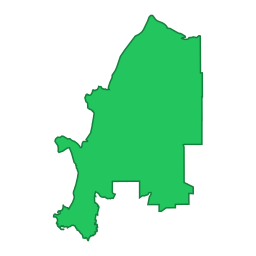 outline of Darwin, Northern Territory, Australia
{"feature_id": "25037944B80188408210929", "entity_name": "Darwin", "entity_type": "district", "adm_level": 2, "iso_a3": "AUS", "parent_name": "Australia", "parent_adm1": "Northern Territory", "projection": "equal_earth", "projection_center": [130.84, -12.399], "detail": "fine", "context": "isolated", "style": "filled", "palette": "green", "viewbox_px": 256, "rotation_deg": 0, "n_neighbors": 0, "source": "geoboundaries", "source_scale": "gbopen_adm2", "svg_char_len": 5460}
<svg xmlns="http://www.w3.org/2000/svg" viewBox="0 0 256 256"><path d="M200.3,36.3L200.0,35.8L198.8,35.8L196.7,37.6L193.1,36.9L192.3,37.4L189.1,37.6L188.2,38.9L187.4,39.3L184.1,39.3L181.7,38.4L182.1,37.8L185.1,37.3L185.3,36.5L184.9,36.0L180.8,33.6L178.3,33.1L170.1,28.5L167.2,28.1L166.9,26.7L165.6,25.2L164.4,24.1L162.2,22.8L157.6,21.0L155.7,19.7L152.8,15.7L152.2,15.4L151.1,15.4L150.4,15.7L149.1,17.2L147.5,21.4L143.5,29.7L141.7,32.2L138.7,34.5L135.3,36.1L124.7,50.1L120.4,56.5L116.9,66.9L115.4,70.4L112.2,75.2L112.1,77.6L110.2,81.8L108.5,86.9L108.4,88.2L109.1,89.5L108.4,89.4L107.2,89.6L106.0,89.6L105.5,89.1L105.2,88.9L104.7,89.2L104.1,89.3L103.7,89.1L103.4,88.9L103.0,88.8L102.5,88.9L102.2,88.7L101.8,88.2L101.4,87.1L100.9,86.7L100.7,86.6L99.2,86.6L99.0,86.9L98.9,86.9L98.8,87.0L98.7,86.9L98.7,87.1L98.5,87.4L98.1,88.3L97.3,89.5L97.0,89.7L96.8,89.8L96.4,89.8L96.2,89.9L95.6,90.1L95.0,90.6L94.5,90.4L94.2,90.5L93.8,90.1L93.7,90.2L93.3,90.0L93.0,90.0L93.0,90.4L92.8,90.5L92.5,90.9L92.5,91.1L92.7,91.4L92.6,91.7L92.2,92.4L91.6,93.6L91.0,94.6L90.6,94.9L90.5,95.1L90.2,95.2L89.8,95.1L89.0,95.3L88.7,95.2L88.2,94.6L87.7,94.6L86.6,95.1L86.3,94.8L86.4,94.5L86.2,94.6L86.1,95.2L85.9,95.4L85.6,96.4L85.0,97.3L85.0,97.8L85.1,98.8L85.5,99.7L85.8,101.2L86.0,101.6L86.3,102.0L86.7,102.2L87.3,102.8L87.6,103.4L87.7,103.9L87.7,106.1L87.8,106.4L87.7,107.2L87.8,107.7L87.9,108.0L89.1,108.9L89.8,109.3L90.2,109.3L90.6,109.7L90.9,109.6L91.6,110.0L92.0,110.4L92.2,110.9L92.6,111.4L92.9,111.5L92.9,111.2L93.1,111.2L93.2,111.7L94.0,112.9L94.1,113.5L93.7,116.3L93.5,117.6L93.3,119.0L92.9,121.0L93.0,121.7L92.4,123.4L92.4,124.6L92.2,125.2L92.2,125.9L90.6,133.0L86.1,139.6L87.5,140.8L87.4,141.4L83.2,141.6L82.3,143.2L81.9,145.8L81.5,147.4L80.8,147.6L80.3,147.4L79.5,146.0L77.4,143.6L74.5,141.4L72.4,140.7L71.0,139.8L69.9,138.7L67.6,138.9L63.3,136.3L61.8,136.1L60.2,137.4L57.6,137.2L55.9,138.7L55.1,140.4L55.1,141.6L57.8,145.5L58.3,147.9L58.2,151.5L59.0,152.4L63.0,151.0L67.3,148.0L69.4,147.7L71.6,153.2L74.2,162.5L75.7,164.0L75.8,165.1L75.9,165.3L76.2,165.4L76.1,165.5L76.2,165.8L76.2,166.4L76.4,167.1L76.4,168.0L76.7,168.4L77.0,168.6L77.1,168.8L77.3,169.0L77.4,170.4L77.8,171.1L78.2,171.7L78.2,172.1L78.2,174.3L78.1,174.6L77.9,174.8L77.9,175.0L77.7,176.6L77.7,176.8L77.1,179.7L76.6,181.6L76.4,182.7L75.9,184.8L75.1,187.1L74.8,187.9L74.7,188.5L74.3,189.7L73.6,191.4L73.5,192.0L73.4,193.3L73.6,194.6L74.3,196.7L74.0,198.6L73.1,201.0L72.5,202.5L70.0,206.7L69.0,208.6L69.0,208.8L68.6,209.1L68.2,208.3L67.6,207.7L66.7,207.7L66.2,207.6L65.8,207.2L64.9,206.8L64.4,206.7L63.2,205.3L63.1,205.5L63.5,205.9L63.2,206.3L63.0,208.0L62.7,208.6L62.7,209.1L62.4,209.4L61.7,210.5L61.4,210.5L60.8,210.8L60.4,210.7L59.8,210.9L58.9,210.9L58.7,210.8L58.6,210.4L58.5,211.0L58.2,211.3L58.0,211.6L57.9,212.2L57.8,212.6L58.0,212.7L58.3,211.9L58.7,211.4L58.9,211.3L60.0,211.3L60.1,211.6L60.0,212.4L60.2,213.0L60.1,213.4L60.0,213.6L59.7,213.8L57.9,214.7L57.2,214.7L56.0,214.5L55.4,214.1L54.9,214.1L54.5,214.2L54.0,214.8L53.9,215.0L53.6,216.0L53.6,216.8L53.9,216.9L54.8,217.0L55.6,216.9L55.9,217.0L57.0,218.3L57.4,219.2L57.5,219.9L57.4,221.0L57.3,221.8L57.2,222.1L56.6,222.6L56.5,223.3L56.6,223.6L57.0,224.0L57.8,224.1L57.4,224.9L57.5,225.5L57.7,226.0L58.0,226.3L59.2,227.5L60.1,228.0L60.3,228.6L60.8,229.2L61.8,229.5L63.6,229.5L63.7,229.4L63.6,229.2L62.5,229.3L61.6,229.2L61.0,229.0L60.7,228.8L60.4,228.4L60.3,228.1L60.4,226.5L60.6,226.6L60.7,226.4L61.3,226.3L61.5,226.0L61.8,225.9L62.0,226.0L62.2,226.3L62.4,226.1L62.9,226.4L63.2,226.0L63.4,226.0L64.1,227.0L64.3,226.8L65.4,226.8L66.3,226.6L66.8,226.6L67.1,226.8L67.4,227.2L67.4,227.5L67.5,227.6L67.3,228.5L67.6,227.8L67.7,227.4L68.0,227.4L69.7,226.5L70.3,226.5L71.6,225.4L72.7,225.3L73.2,225.4L73.6,225.3L73.9,225.6L74.7,225.7L74.8,225.8L76.1,228.2L76.2,228.3L76.5,228.3L76.6,228.5L76.8,229.0L77.0,229.7L77.1,230.0L77.4,230.2L78.0,230.2L78.5,230.7L79.1,231.1L79.4,231.5L79.7,231.7L79.9,232.3L80.8,233.4L82.0,234.4L82.6,235.7L83.0,237.4L83.1,237.9L83.4,238.0L84.1,238.1L84.4,238.1L85.5,238.1L85.8,237.6L86.2,237.8L86.7,238.1L87.0,238.5L87.9,240.5L88.1,240.6L88.4,240.5L88.6,239.6L88.8,238.6L88.7,238.4L89.2,237.9L90.6,235.9L90.8,236.1L91.2,235.9L91.2,236.0L92.9,235.0L93.1,235.6L93.3,235.5L94.0,234.9L94.4,234.4L94.8,234.3L95.5,233.3L95.0,232.1L96.7,231.6L96.6,231.0L97.2,230.9L97.0,229.2L96.4,229.3L96.3,228.2L96.8,228.1L96.7,227.1L97.5,227.2L97.2,224.8L96.9,224.8L96.9,224.5L94.7,224.5L94.7,223.8L94.8,223.0L95.8,223.3L96.2,220.2L95.2,220.0L95.9,214.6L96.2,214.4L97.6,215.1L97.6,212.5L98.9,207.3L97.9,206.4L98.0,206.3L98.7,207.0L98.8,206.9L98.7,206.7L98.6,206.1L98.3,206.1L97.7,205.8L97.9,205.1L97.8,204.9L97.1,204.3L97.0,204.0L96.5,203.5L95.8,203.2L95.7,203.2L95.6,202.8L94.8,202.6L94.7,202.3L94.5,198.1L94.6,196.5L94.7,196.2L94.8,196.1L95.4,196.1L95.7,196.3L95.7,196.2L94.8,196.0L94.7,195.8L95.1,193.4L95.7,191.8L98.8,193.6L99.2,194.7L100.5,196.4L102.1,197.1L103.7,197.2L104.5,196.9L107.5,198.7L109.1,198.5L110.6,198.7L111.3,198.1L113.2,198.3L115.2,194.2L113.2,193.7L112.3,192.1L112.4,181.4L139.6,181.2L139.6,197.7L142.6,195.6L144.1,195.9L147.9,194.6L149.1,192.6L151.0,192.6L151.2,193.9L149.4,197.0L147.9,204.6L159.1,204.6L159.1,211.3L161.3,211.3L166.2,207.8L175.4,207.7L175.4,204.4L188.9,204.2L188.8,193.5L191.6,193.5L193.2,193.7L193.2,187.0L184.1,182.5L184.0,147.3L183.7,146.0L183.2,144.9L184.1,144.4L201.9,144.4L201.9,120.5L202.0,120.5L201.9,96.9L202.4,96.9L202.3,72.9L200.5,72.9L200.3,36.3Z" fill="#22c55e" stroke="#15803d" stroke-width="1.5"/></svg>